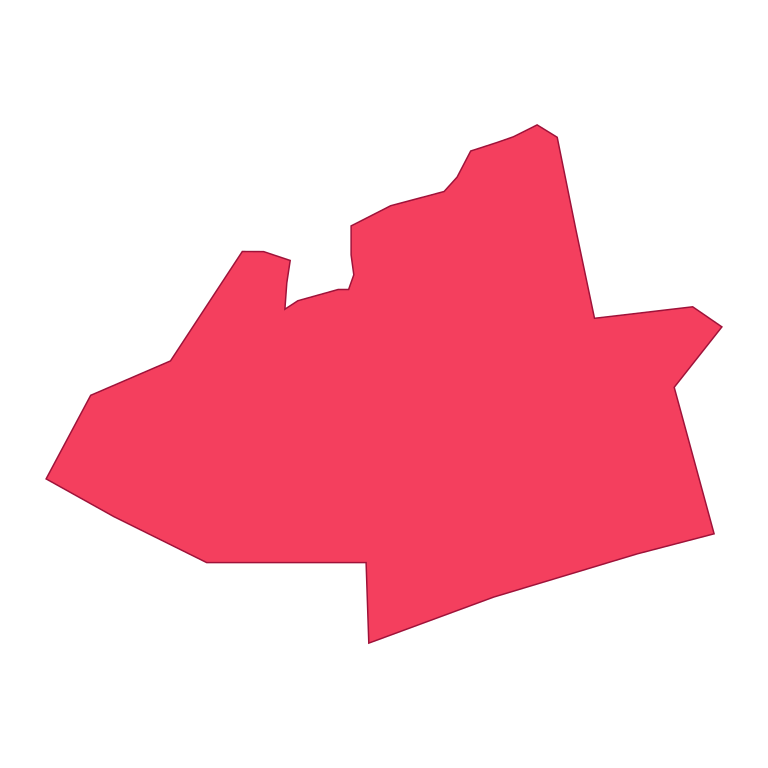 map outline of Yuen Long (orthographic projection)
{"feature_id": "HKG-5167", "entity_name": "Yuen Long", "entity_type": "state/province", "adm_level": 1, "iso_a3": "HKG", "parent_name": "Hong Kong S.A.R.", "parent_adm1": "", "projection": "orthographic", "projection_center": [114.043, 22.453], "detail": "fine", "context": "isolated", "style": "filled", "palette": "rose", "viewbox_px": 768, "rotation_deg": 0, "n_neighbors": 0, "source": "natural_earth", "source_scale": "10m", "svg_char_len": 549}
<svg xmlns="http://www.w3.org/2000/svg" viewBox="0 0 768 768"><path d="M46.1,478.9L90.7,395.3L170.5,360.9L242.3,251.5L263.6,251.6L290.2,260.5L286.8,282.9L284.9,309.2L297.9,300.7L338.1,289.5L348.6,289.5L353.8,274.8L351.1,254.9L351.1,225.9L390.7,205.7L444.1,191.5L457.1,177.1L470.7,151.0L497.0,142.5L513.3,136.8L537.1,124.9L557.2,137.3L575.8,229.3L594.5,318.3L692.7,306.8L721.9,326.9L674.2,387.3L714.1,533.8L637.1,553.9L493.6,597.1L368.8,643.1L366.1,562.6L206.7,562.6L113.8,516.6L46.1,478.9Z" fill="#f43f5e" stroke="#9f1239" stroke-width="1.5"/></svg>